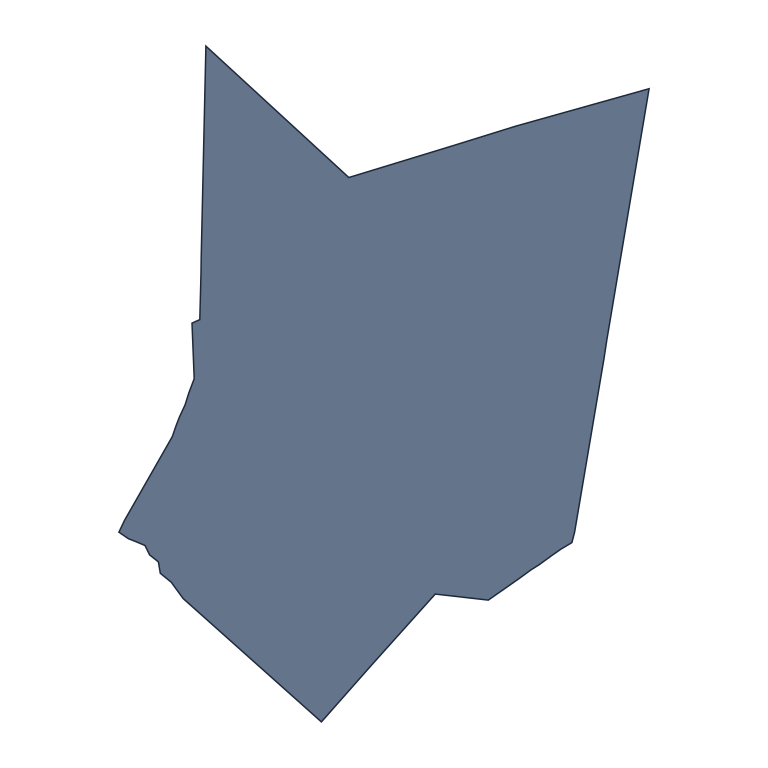 outline of Rio Largo, Alagoas, Brazil
{"feature_id": "56859067B27128129114262", "entity_name": "Rio Largo", "entity_type": "district", "adm_level": 2, "iso_a3": "BRA", "parent_name": "Brazil", "parent_adm1": "Alagoas", "projection": "robinson", "projection_center": [-35.887, -9.482], "detail": "fine", "context": "isolated", "style": "filled", "palette": "slate", "viewbox_px": 768, "rotation_deg": 0, "n_neighbors": 0, "source": "geoboundaries", "source_scale": "gbopen_adm2", "svg_char_len": 610}
<svg xmlns="http://www.w3.org/2000/svg" viewBox="0 0 768 768"><path d="M118.9,532.2L128.4,538.7L135.8,541.6L145.0,545.5L149.6,554.9L158.4,561.9L160.3,573.3L171.2,582.2L183.2,598.6L321.4,721.9L370.3,666.5L435.2,594.1L488.3,600.1L518.9,578.7L531.1,569.8L539.6,564.4L551.8,555.5L561.0,549.1L571.9,542.6L574.6,532.2L577.3,516.3L603.8,359.8L606.8,340.1L649.1,88.7L516.2,126.0L452.2,145.9L348.8,177.5L205.9,46.1L201.2,257.3L201.0,273.1L199.8,319.6L192.0,323.1L194.2,378.7L188.8,393.0L185.1,404.8L179.3,417.3L175.9,426.2L172.3,436.6L124.5,520.4L118.9,532.2Z" fill="#64748b" stroke="#1e293b" stroke-width="1.5"/></svg>